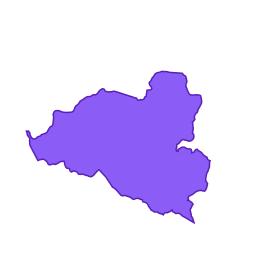 Pirassununga, São Paulo, Brazil, rotated 20°
{"feature_id": "56859067B61484567456401", "entity_name": "Pirassununga", "entity_type": "district", "adm_level": 2, "iso_a3": "BRA", "parent_name": "Brazil", "parent_adm1": "São Paulo", "projection": "natural_earth1", "projection_center": [-47.38, -21.972], "detail": "fine", "context": "isolated", "style": "filled", "palette": "violet", "viewbox_px": 256, "rotation_deg": 20, "n_neighbors": 0, "source": "geoboundaries", "source_scale": "gbopen_adm2", "svg_char_len": 3543}
<svg xmlns="http://www.w3.org/2000/svg" viewBox="0 0 256 256"><g transform="rotate(20 128 128)"><path d="M216.3,130.6L214.9,130.8L213.2,130.0L212.3,128.5L210.7,128.2L208.9,127.9L207.2,127.0L205.6,126.0L204.0,125.5L201.6,125.2L200.4,124.3L199.0,125.1L198.1,128.3L196.3,129.5L195.6,127.7L194.7,126.5L193.4,126.4L191.6,127.1L189.7,127.2L187.4,126.7L184.9,127.9L183.4,129.9L182.3,131.2L183.0,132.9L181.6,133.1L180.5,131.9L180.4,129.5L179.5,126.8L181.1,125.2L181.7,123.1L182.7,121.0L184.0,119.8L186.0,119.9L188.1,119.5L189.7,119.6L191.0,118.9L192.2,117.8L193.2,115.4L192.8,113.3L191.6,111.3L190.3,110.8L189.9,108.0L189.4,105.8L188.2,103.8L187.5,102.0L186.5,100.5L187.3,99.2L187.9,97.1L186.5,94.9L186.5,91.9L187.6,90.0L187.8,88.4L187.5,86.4L188.1,84.3L188.2,82.3L188.6,80.0L188.2,77.9L186.9,75.4L185.1,72.7L182.4,72.9L180.7,73.5L179.1,74.2L177.6,74.9L175.3,75.5L174.0,75.2L172.6,73.9L170.9,72.2L169.9,71.0L169.0,69.9L168.0,68.8L167.5,67.1L167.5,64.2L166.0,61.8L164.5,59.6L162.1,59.2L160.3,58.0L147.7,61.6L146.1,61.6L143.9,62.1L142.5,62.7L140.6,63.1L138.8,64.7L136.7,66.0L135.3,67.3L134.7,69.1L134.3,71.1L133.5,73.1L133.4,75.9L132.3,78.0L133.1,79.4L134.0,80.5L135.8,81.4L136.9,82.8L136.2,84.5L133.0,85.9L133.5,89.0L134.2,91.7L133.2,93.2L133.1,95.2L131.5,97.0L130.2,96.9L129.1,97.9L127.7,98.6L125.8,97.0L123.0,97.4L121.3,97.2L119.6,97.4L103.6,98.0L101.8,98.4L100.2,99.5L98.6,100.2L96.3,101.1L93.9,101.1L92.3,99.7L90.5,99.8L89.1,101.6L88.2,103.3L87.8,105.1L86.7,107.6L85.0,108.2L83.4,109.2L82.4,110.7L81.2,111.6L79.2,112.4L77.8,113.8L76.2,116.2L73.8,119.3L73.4,121.7L72.5,123.7L71.5,125.0L71.1,126.7L71.2,129.0L70.9,130.8L69.7,132.3L68.3,133.0L66.9,133.6L65.6,134.1L63.2,135.0L60.5,135.5L57.8,135.3L56.5,135.5L54.6,136.2L53.2,137.5L52.9,140.6L54.5,143.4L55.4,147.1L56.1,149.9L56.1,151.8L54.5,153.6L53.9,156.1L53.4,159.7L52.1,161.3L50.9,162.4L49.0,163.7L48.3,165.5L47.1,166.4L46.0,167.4L45.4,168.9L44.1,170.3L42.3,170.7L40.3,169.8L38.3,167.9L37.2,165.9L35.4,164.9L33.6,165.7L35.0,167.4L35.8,169.0L37.2,170.0L39.3,171.4L39.8,173.6L40.9,175.9L41.8,177.8L54.5,189.4L55.9,188.1L58.2,186.6L59.7,186.2L62.2,186.9L63.6,187.6L64.7,188.6L65.8,189.6L67.9,189.0L69.5,187.5L70.8,187.3L72.4,187.0L74.2,185.0L76.3,182.5L78.2,181.6L79.4,181.1L80.7,183.3L82.6,185.8L84.3,186.7L86.7,186.2L88.4,188.3L89.9,188.7L91.1,187.3L93.1,186.6L95.4,186.9L97.2,188.3L99.3,187.8L101.5,186.8L104.8,186.9L106.3,186.6L107.9,186.8L109.5,186.6L110.8,185.7L111.8,184.3L112.3,182.7L113.0,181.2L113.6,179.3L115.0,177.1L124.1,181.7L133.7,188.9L135.3,189.1L137.5,189.8L144.2,193.5L145.8,193.7L147.5,192.8L148.9,192.3L150.4,192.4L152.1,192.3L154.1,192.3L156.1,193.1L157.9,193.1L159.5,191.6L161.6,190.6L163.8,190.8L166.0,190.6L167.3,192.3L169.2,192.0L171.1,192.1L172.7,193.1L174.4,194.8L176.5,196.1L177.9,197.3L180.1,197.4L181.3,198.0L182.8,197.3L184.5,197.0L186.5,197.5L188.3,197.3L190.9,197.5L191.2,195.8L192.3,194.6L193.9,194.2L195.0,193.1L196.7,191.5L197.4,189.9L198.8,191.4L200.6,191.6L202.1,192.1L204.4,190.9L206.9,190.9L208.5,191.9L222.4,194.4L220.6,191.9L219.0,190.1L217.5,189.1L216.9,187.5L215.9,186.1L214.7,184.1L214.3,182.7L214.8,181.2L214.7,179.3L215.3,177.7L214.3,176.6L213.1,176.1L211.7,175.7L210.2,175.3L208.8,175.6L209.2,174.0L208.1,172.7L208.6,171.3L210.0,169.8L211.0,168.8L213.2,165.3L214.8,163.4L216.5,162.4L218.2,161.6L219.8,161.5L221.7,161.1L222.4,158.4L222.1,155.2L221.8,153.1L220.3,151.8L219.0,150.8L218.3,148.9L217.9,146.4L217.5,143.7L217.9,141.0L217.8,139.1L217.9,137.0L217.2,134.8L216.5,132.7L216.3,130.6Z" fill="#8b5cf6" stroke="#5b21b6" stroke-width="1.5"/></g></svg>